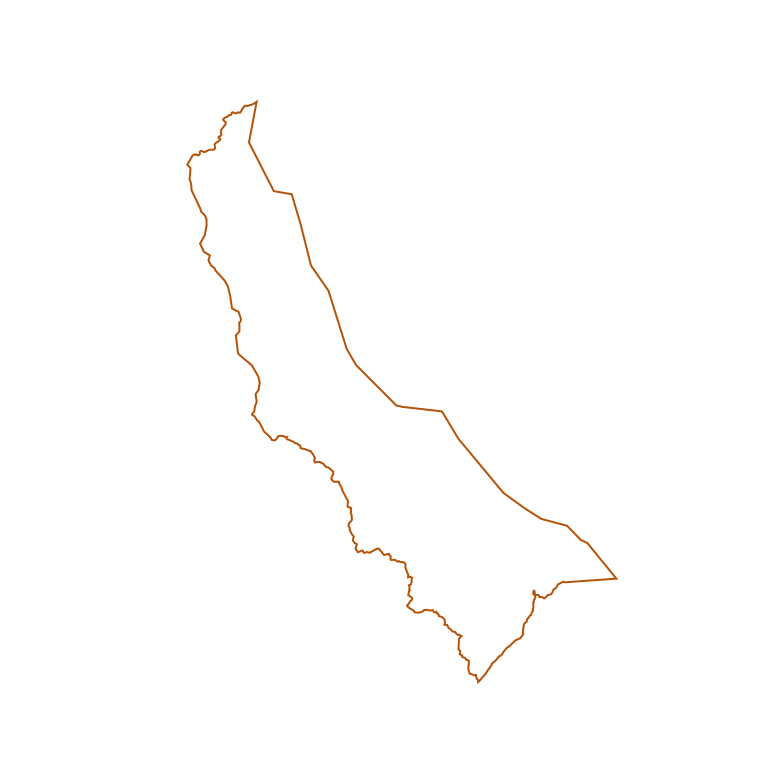 outline of Tu'shig, Selenge, Mongolia, rotated 246°
{"feature_id": "93677404B59520474253920", "entity_name": "Tu'shig", "entity_type": "district", "adm_level": 2, "iso_a3": "MNG", "parent_name": "Mongolia", "parent_adm1": "Selenge", "projection": "mercator", "projection_center": [105.193, 50.245], "detail": "fine", "context": "isolated", "style": "outline", "palette": "amber", "viewbox_px": 768, "rotation_deg": 246, "n_neighbors": 0, "source": "geoboundaries", "source_scale": "gbopen_adm2", "svg_char_len": 6120}
<svg xmlns="http://www.w3.org/2000/svg" viewBox="0 0 768 768"><g transform="rotate(246 384 384)"><path d="M677.1,333.5L675.9,333.1L674.5,334.0L673.9,333.8L673.5,333.4L673.3,332.7L672.5,327.9L672.1,327.2L671.5,326.7L670.6,326.2L669.0,326.0L668.2,325.6L667.8,325.2L667.4,324.5L667.3,324.0L667.4,323.4L667.5,322.9L668.5,321.5L668.9,319.4L669.0,318.2L668.9,317.7L668.9,314.8L669.0,314.2L669.3,313.8L669.6,313.4L670.8,312.5L671.5,311.2L671.4,310.7L671.1,310.3L670.6,309.9L669.6,309.6L668.9,308.9L668.3,307.7L668.9,306.8L670.1,305.9L669.8,305.6L670.5,304.4L670.9,303.4L670.6,302.0L667.3,297.6L666.3,296.0L664.6,294.1L664.3,293.5L660.0,295.0L655.4,292.7L650.1,289.6L646.7,289.5L643.5,288.6L639.4,287.0L619.1,287.5L615.9,287.0L610.9,288.9L606.9,288.9L601.1,286.5L592.8,280.8L587.1,273.1L578.2,273.2L572.3,277.2L568.2,273.9L562.6,274.2L558.5,276.4L556.3,276.2L543.5,280.4L536.7,281.1L526.1,279.1L524.0,278.4L514.8,275.9L509.0,280.5L501.8,279.8L499.6,278.6L498.8,276.6L495.7,275.5L490.8,273.2L488.7,268.5L471.5,263.1L470.1,263.4L454.7,270.9L441.9,272.2L435.8,271.0L429.7,267.1L426.9,262.5L419.3,260.4L416.8,257.7L414.8,256.2L412.0,254.6L411.5,253.7L410.6,251.8L409.7,250.9L407.8,252.2L406.6,252.8L403.2,253.1L399.8,254.5L389.3,255.1L387.2,256.1L381.8,258.3L378.4,258.9L377.5,260.1L377.0,261.2L377.1,262.3L377.5,263.4L378.9,265.4L379.1,266.5L379.1,267.6L378.7,268.7L378.2,269.6L376.9,271.4L376.0,271.7L375.2,272.8L375.1,273.6L374.5,272.9L373.6,272.8L372.8,273.1L371.8,274.3L368.7,277.1L368.0,277.9L365.9,278.8L365.4,279.9L364.6,280.7L362.6,281.6L361.8,282.4L359.4,281.8L357.8,283.5L357.3,284.6L354.8,287.1L353.8,287.8L353.0,289.6L352.0,289.6L349.9,290.3L347.8,290.6L344.3,290.8L343.5,289.8L342.7,289.1L341.9,288.9L340.8,288.9L340.4,289.0L339.6,292.0L338.8,293.8L337.9,294.4L337.1,294.8L335.9,296.2L334.7,296.3L333.5,297.0L332.2,297.0L331.8,297.2L330.6,299.0L329.8,299.6L327.0,300.8L324.8,302.0L324.1,301.8L323.3,301.3L322.6,301.1L321.8,300.4L321.1,299.2L319.1,297.3L317.5,297.6L316.2,297.7L314.9,298.8L313.1,303.0L312.0,302.7L309.6,302.8L307.1,303.2L304.5,302.6L291.0,303.5L289.3,302.1L286.9,300.9L286.5,300.9L284.2,303.5L282.8,302.4L281.8,302.5L281.2,302.2L279.9,301.2L276.7,301.0L275.9,300.4L272.9,299.4L271.8,297.5L271.2,295.6L268.7,293.8L267.8,294.1L266.8,294.2L264.6,293.4L263.4,293.3L261.3,293.6L260.2,293.4L259.2,293.6L258.1,294.1L257.0,294.3L254.2,292.1L253.3,292.0L250.5,292.6L249.5,293.5L248.6,294.1L247.1,292.6L246.0,291.9L245.5,291.1L244.3,291.0L243.3,291.4L241.0,291.7L240.8,294.0L240.9,296.3L240.0,296.9L238.6,296.7L237.8,297.1L237.3,300.2L236.7,301.1L235.9,301.9L235.5,303.1L236.0,303.7L235.9,304.8L236.0,305.8L236.1,306.8L236.4,308.0L236.0,309.0L236.5,310.0L236.2,310.9L235.4,312.6L234.2,312.5L231.7,313.6L230.2,313.7L227.9,314.4L227.6,314.8L227.2,318.1L226.8,319.2L226.3,319.0L225.6,319.2L224.7,319.8L223.9,319.9L221.4,318.8L220.5,318.8L218.7,322.8L216.3,323.9L216.1,324.2L216.2,325.6L214.9,326.4L214.5,326.9L213.0,329.7L211.8,330.1L210.6,330.3L210.0,330.2L207.5,328.8L205.4,328.8L201.5,328.4L200.3,328.8L197.7,327.3L197.3,329.5L195.5,330.9L194.9,330.1L191.6,328.5L190.0,327.0L189.7,326.4L189.7,325.9L190.0,324.9L187.8,324.6L186.4,323.7L184.9,323.6L184.5,322.5L182.9,321.6L182.0,320.7L181.0,320.3L178.7,322.0L177.6,322.2L177.0,322.6L175.5,321.9L175.0,319.7L173.7,318.0L172.0,314.9L171.2,314.9L170.3,315.6L168.1,316.4L166.0,318.3L164.9,318.8L162.8,319.3L160.7,323.2L160.8,324.9L160.4,326.5L160.6,327.2L161.1,328.2L160.9,329.2L160.4,331.0L159.4,332.6L158.2,334.0L157.9,335.0L157.9,336.2L156.8,336.7L155.2,336.8L154.5,338.0L154.5,339.2L153.3,339.1L152.1,339.9L151.0,340.1L149.7,339.7L147.6,342.2L144.5,343.5L141.3,342.7L140.4,342.2L139.5,341.3L138.3,343.6L134.6,343.9L133.4,344.7L130.3,345.9L128.8,347.4L128.4,348.3L127.3,348.3L126.1,348.6L125.1,349.1L124.6,349.7L124.4,350.9L123.7,350.9L123.2,351.2L122.3,352.2L121.0,349.3L120.5,348.7L111.3,344.2L110.2,344.5L109.2,345.0L108.2,344.6L106.3,343.3L104.3,345.0L102.9,344.4L100.9,346.6L100.0,346.8L99.0,346.9L98.4,347.4L98.1,348.1L97.2,348.3L96.4,348.9L93.0,347.3L92.3,346.4L91.2,346.3L89.9,345.2L88.7,345.1L86.9,344.6L84.5,344.5L84.1,344.7L83.0,346.3L81.7,347.4L80.9,348.7L80.9,349.6L77.0,348.8L75.5,349.5L73.4,348.7L73.7,349.8L78.2,359.4L81.1,363.7L81.6,365.1L82.4,365.9L83.5,368.0L84.8,369.0L85.8,373.1L87.7,377.0L88.6,379.2L88.3,380.6L89.4,382.5L90.7,384.2L92.9,388.7L93.2,389.9L93.1,390.9L93.6,391.8L93.7,392.8L94.9,395.6L95.5,397.8L96.4,399.2L96.2,400.7L96.4,401.7L96.2,404.9L97.9,407.9L99.0,409.6L100.4,409.7L104.2,411.8L105.6,413.0L107.1,413.6L107.7,414.4L108.5,415.9L109.0,417.7L109.6,418.3L111.0,419.1L111.3,420.5L111.8,420.8L112.4,422.1L113.0,422.9L113.3,424.6L114.3,425.1L116.6,428.2L117.5,428.1L118.6,429.2L120.7,430.3L122.8,431.1L123.6,432.0L124.4,432.0L124.7,432.7L125.9,433.3L126.4,434.4L127.7,435.7L129.6,435.7L131.7,434.9L132.6,435.7L133.5,436.0L134.2,436.5L134.2,437.0L132.8,437.2L131.1,436.4L130.3,436.3L129.6,436.9L129.2,437.5L128.9,438.8L128.0,439.5L127.1,439.2L126.3,439.2L125.8,439.8L125.8,440.8L125.3,441.5L124.6,442.2L123.8,442.3L123.2,442.9L122.9,443.7L124.1,446.8L124.6,447.7L124.1,449.5L124.0,451.0L125.0,452.9L126.5,454.4L127.3,455.6L127.6,457.6L128.5,459.3L130.2,461.6L130.4,467.7L129.2,468.7L111.7,517.1L156.3,505.0L161.2,500.5L180.0,493.6L196.8,472.8L213.1,462.0L235.9,448.8L303.7,429.7L335.4,425.8L355.7,391.4L359.4,386.5L412.6,366.2L431.4,364.2L491.7,371.2L521.9,365.5L563.9,372.8L594.9,376.9L605.0,361.8L659.6,358.9L693.6,382.4L693.0,379.1L693.0,377.3L692.9,376.4L693.4,375.2L693.4,374.4L693.3,373.8L693.4,373.0L693.7,372.0L694.5,370.8L694.6,370.3L694.6,369.5L693.9,368.5L693.4,367.0L692.3,365.9L691.5,364.6L690.7,363.6L690.5,363.2L690.5,362.8L690.7,362.2L691.5,361.2L691.4,359.9L691.6,358.5L692.3,357.5L693.5,356.9L693.7,356.5L693.8,355.8L693.6,355.3L693.4,354.9L692.7,354.5L692.2,354.1L692.2,353.8L692.6,351.9L692.0,349.7L692.0,347.4L691.6,345.2L691.3,344.8L690.7,344.6L690.2,344.6L688.1,345.6L687.4,345.7L686.7,345.6L686.0,345.0L685.2,343.9L682.8,339.3L682.1,338.4L680.3,337.3L679.5,337.1L678.7,337.2L678.2,337.1L677.8,336.8L677.5,336.4L677.3,335.8L676.9,334.3L677.1,333.5Z" fill="none" stroke="#b45309" stroke-width="2"/></g></svg>